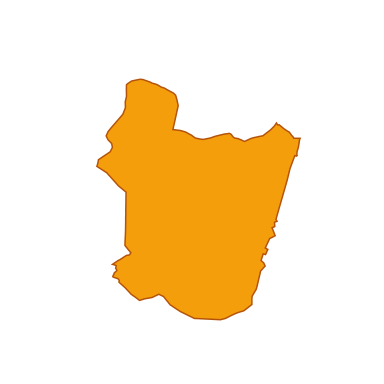 the district of Magdalena, Veracruz, Mexico, rotated 47°
{"feature_id": "50627088B30060167879999", "entity_name": "Magdalena", "entity_type": "district", "adm_level": 2, "iso_a3": "MEX", "parent_name": "Mexico", "parent_adm1": "Veracruz", "projection": "natural_earth1", "projection_center": [-97.048, 18.769], "detail": "fine", "context": "isolated", "style": "filled", "palette": "amber", "viewbox_px": 384, "rotation_deg": 47, "n_neighbors": 0, "source": "geoboundaries", "source_scale": "gbopen_adm2", "svg_char_len": 3274}
<svg xmlns="http://www.w3.org/2000/svg" viewBox="0 0 384 384"><g transform="rotate(47 192 192)"><path d="M226.5,76.3L222.1,80.9L220.9,80.5L218.4,80.5L214.6,80.0L212.1,80.8L208.6,81.6L204.7,82.1L202.3,82.4L201.4,83.6L199.1,83.2L199.9,86.5L200.0,88.6L200.1,91.4L200.1,93.0L200.0,93.8L199.8,95.8L199.7,96.6L199.3,101.0L199.3,101.7L197.8,104.1L197.2,105.0L195.1,108.6L194.8,109.0L193.0,112.5L190.9,119.0L189.6,119.7L187.6,120.4L185.3,121.5L184.2,122.0L181.5,124.1L179.2,124.4L176.6,124.0L176.0,124.2L174.7,124.6L172.2,128.1L171.5,129.1L170.4,131.2L170.1,131.6L167.7,135.9L167.5,136.3L166.9,137.4L165.1,141.6L161.3,147.8L158.9,149.9L154.9,152.7L154.6,152.8L152.2,153.3L149.8,153.7L147.6,154.5L143.7,155.8L139.2,158.5L137.6,159.8L133.3,163.4L128.6,156.5L121.7,146.5L119.5,143.3L117.4,142.0L114.4,140.2L110.1,138.0L107.1,138.1L100.0,140.5L97.2,141.3L94.4,142.9L90.6,144.0L89.7,144.3L88.7,144.8L87.0,145.8L84.9,147.1L83.1,147.6L81.6,148.4L79.0,149.8L76.4,151.1L74.2,153.0L73.1,154.8L71.1,158.0L70.9,158.4L69.7,160.4L69.0,164.3L68.9,165.2L68.9,166.8L69.7,167.6L72.4,170.2L73.2,170.9L76.3,173.7L77.5,174.8L79.5,177.8L80.5,179.3L83.7,182.1L85.0,183.3L88.0,189.6L88.9,197.8L89.6,204.5L89.9,207.1L90.2,209.5L90.6,212.2L91.4,214.0L92.4,216.5L95.2,217.4L96.5,217.8L101.7,217.7L103.0,218.5L105.1,219.8L106.6,223.9L106.8,224.4L105.4,233.1L104.6,238.4L106.5,240.9L107.7,242.9L108.3,243.9L108.4,244.1L119.9,241.2L122.1,241.3L123.6,241.3L133.5,241.5L137.6,241.6L147.1,240.3L154.2,247.1L155.6,248.4L157.1,249.9L158.3,251.0L159.5,252.2L160.6,253.3L162.2,254.7L164.1,256.5L165.5,258.0L167.5,259.8L172.9,265.0L173.7,265.8L175.6,267.6L180.8,272.9L181.2,273.3L182.7,274.9L185.0,277.1L185.4,277.5L187.9,277.7L188.1,277.7L190.3,277.9L194.8,278.2L194.9,278.9L195.3,280.3L195.0,281.4L193.8,282.9L193.3,285.0L192.8,288.0L192.6,289.4L192.4,290.0L192.3,291.2L191.7,292.6L191.5,294.6L191.2,296.1L190.7,299.5L192.5,298.4L194.1,297.6L195.8,299.9L197.9,300.2L198.3,300.8L198.2,302.3L198.2,304.3L199.0,305.3L199.2,306.4L199.7,307.5L200.5,307.7L203.4,306.1L204.3,305.7L205.3,305.2L207.2,305.6L208.1,306.9L208.6,306.9L211.8,306.6L212.4,306.6L212.8,306.5L213.9,306.4L216.3,306.2L220.5,306.2L222.6,306.2L223.9,306.2L224.9,306.3L228.4,305.6L231.2,305.0L235.0,304.4L235.6,304.2L237.7,299.7L240.4,295.5L240.5,295.4L242.0,293.0L242.8,290.3L244.2,286.0L248.3,284.4L248.8,284.1L259.7,284.9L261.1,284.5L265.6,283.5L266.4,283.3L270.8,282.2L271.4,282.1L272.7,281.6L274.7,280.8L279.0,279.2L282.4,277.9L283.3,277.5L286.1,276.5L288.5,274.1L291.5,271.2L294.8,268.0L298.9,264.0L301.4,261.6L302.1,260.9L304.8,258.3L305.9,256.3L306.9,254.5L307.3,253.7L308.2,250.6L308.5,249.5L309.3,246.8L309.7,245.6L310.3,243.8L311.0,241.9L311.3,241.1L312.5,238.6L313.7,236.2L314.2,235.1L314.3,234.2L314.5,232.3L314.8,228.8L315.1,224.9L312.6,222.6L310.6,220.7L310.1,220.1L309.2,219.0L306.9,211.3L305.3,208.7L300.4,201.4L296.6,195.7L296.0,189.0L292.7,187.9L289.2,188.2L285.8,182.1L287.9,180.9L285.7,175.7L283.5,176.4L282.9,176.6L279.0,166.9L279.9,164.0L280.7,161.0L272.7,157.8L272.8,157.4L273.6,155.5L273.7,155.0L270.4,152.3L271.4,149.7L269.3,149.3L263.9,140.4L257.2,129.2L248.3,114.4L241.7,104.3L235.5,92.0L237.0,91.1L237.1,90.3L236.1,89.8L234.2,87.7L231.7,83.5L227.0,77.5L226.5,76.3Z" fill="#f59e0b" stroke="#b45309" stroke-width="1.5"/></g></svg>